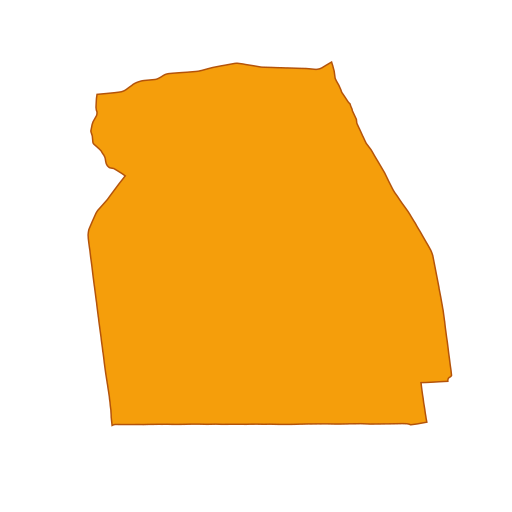 Benito Juárez, Distrito Federal, Mexico (Robinson projection), rotated 79°
{"feature_id": "50627088B57941954628474", "entity_name": "Benito Juárez", "entity_type": "district", "adm_level": 2, "iso_a3": "MEX", "parent_name": "Mexico", "parent_adm1": "Distrito Federal", "projection": "robinson", "projection_center": [-99.164, 19.38], "detail": "fine", "context": "isolated", "style": "filled", "palette": "amber", "viewbox_px": 512, "rotation_deg": 79, "n_neighbors": 0, "source": "geoboundaries", "source_scale": "gbopen_adm2", "svg_char_len": 4532}
<svg xmlns="http://www.w3.org/2000/svg" viewBox="0 0 512 512"><g transform="rotate(79 256 256)"><path d="M80.0,144.8L82.2,151.0L82.4,151.5L83.1,153.4L83.9,155.5L84.1,156.4L84.2,157.1L84.4,157.8L84.4,159.2L84.4,160.6L84.1,162.2L82.2,168.6L81.5,171.1L80.1,177.5L78.3,185.3L77.3,189.7L77.2,190.4L76.1,195.0L75.2,199.2L75.0,200.0L74.0,204.2L72.9,209.1L71.8,214.0L71.4,215.3L68.6,222.6L67.6,225.4L66.0,229.8L65.5,231.0L65.0,232.2L63.3,237.3L63.2,237.7L63.1,238.1L62.9,239.9L62.8,247.6L62.8,249.7L62.7,253.5L62.7,257.0L62.7,262.3L63.0,267.5L63.1,268.5L63.5,273.9L63.5,275.2L63.6,276.8L63.5,278.7L62.6,287.1L62.5,288.2L61.7,294.3L60.8,302.0L60.3,306.8L60.3,308.2L60.3,308.8L60.4,309.7L60.5,310.5L61.1,312.5L61.7,313.9L62.3,315.5L62.9,317.4L63.2,318.6L63.4,319.5L63.5,321.1L63.4,322.1L62.8,328.2L62.4,332.2L62.3,333.5L62.3,335.3L62.5,337.2L62.7,338.8L62.9,340.0L63.3,341.6L63.5,342.3L64.1,344.0L64.8,345.2L66.1,348.1L67.5,351.0L68.1,352.3L68.5,353.5L68.8,354.7L68.9,355.4L69.0,356.2L69.1,356.9L69.0,359.5L68.7,363.8L68.0,371.3L67.0,381.2L70.7,382.5L73.0,383.1L79.5,384.7L82.4,384.9L83.9,384.6L84.8,384.7L85.4,384.8L86.0,385.0L86.7,385.2L87.7,385.7L93.1,390.3L94.5,391.1L95.5,391.7L101.6,394.2L102.5,394.3L103.5,394.2L105.9,393.9L107.0,393.8L113.1,394.4L114.2,394.3L115.3,393.8L120.8,389.6L123.0,388.1L126.1,387.0L128.0,386.1L130.3,385.5L131.7,385.4L134.4,385.5L136.6,385.4L137.9,385.1L139.2,384.6L140.5,383.7L141.3,383.0L142.0,381.5L143.0,378.9L145.5,376.1L148.3,373.1L149.8,371.5L152.4,369.1L155.9,373.1L158.9,376.6L169.2,387.9L171.2,390.0L172.1,391.0L173.0,392.1L178.2,398.9L180.9,402.5L182.2,403.8L183.6,405.0L191.0,410.2L196.6,414.0L198.3,415.1L199.3,415.5L200.9,416.1L203.3,416.8L207.0,417.3L211.2,417.6L216.2,417.9L219.0,418.0L220.1,418.1L225.3,418.5L234.2,419.0L243.5,419.7L254.3,420.4L255.0,420.4L262.9,420.9L269.0,421.3L271.6,421.4L273.7,421.6L278.1,421.9L284.1,422.3L285.4,422.4L285.9,422.4L286.4,422.4L290.2,422.7L300.4,423.3L302.4,423.4L306.1,423.6L309.6,423.9L316.9,424.3L320.5,424.6L321.8,424.6L326.8,424.9L329.4,425.1L331.9,425.3L336.9,425.6L342.3,425.9L347.5,426.1L350.7,426.2L352.8,426.3L354.1,426.3L358.0,426.5L361.4,426.6L363.2,426.7L365.8,426.8L367.9,427.0L369.1,427.1L371.4,427.2L375.3,427.6L378.6,427.8L379.2,427.8L381.2,428.1L384.3,428.5L386.7,428.9L387.9,429.0L388.9,429.1L394.9,429.6L394.5,428.0L394.5,426.3L396.0,419.1L397.7,410.3L399.0,403.4L400.0,398.6L400.8,393.6L401.7,388.8L402.5,384.2L403.3,380.2L404.2,375.3L405.2,370.8L406.1,366.4L406.9,362.1L407.7,357.5L408.3,353.8L409.4,347.9L410.3,343.4L411.9,336.1L413.4,327.4L414.8,321.3L416.5,312.1L417.9,304.9L419.4,297.4L419.8,294.8L420.7,290.0L421.1,287.7L422.7,280.3L423.7,274.6L425.8,265.0L427.7,255.3L428.6,250.1L429.4,245.1L429.7,243.6L430.1,241.1L430.9,236.3L431.3,234.5L432.7,226.7L433.0,225.3L434.5,217.4L434.6,217.1L434.9,215.7L435.7,212.0L436.0,210.6L437.2,204.4L438.3,198.0L438.5,196.5L439.4,191.8L440.1,187.9L440.4,186.1L440.7,184.6L442.4,177.4L442.7,176.3L444.3,167.6L444.6,166.3L444.7,165.4L445.7,159.8L445.9,158.9L447.0,152.6L447.2,151.5L448.3,145.1L448.6,143.6L449.5,139.7L450.3,137.8L451.2,136.4L451.6,129.7L451.7,120.0L448.0,120.0L445.9,119.9L442.1,119.8L438.9,119.6L435.7,119.5L431.9,119.4L427.6,119.1L424.1,119.0L420.4,118.8L417.4,118.6L411.8,118.2L412.6,113.4L413.7,105.5L414.1,102.4L414.3,100.8L415.6,91.6L414.9,91.5L413.7,91.1L412.8,90.5L412.2,89.7L411.9,88.8L411.5,87.9L410.8,87.0L410.4,86.8L408.9,86.7L405.3,86.4L399.3,86.1L393.5,85.7L388.1,85.4L382.6,85.0L376.7,84.6L372.0,84.4L367.1,84.1L362.0,83.8L356.0,83.3L355.3,83.3L350.2,83.0L345.0,82.7L343.0,82.7L339.5,82.6L338.7,82.6L337.7,82.6L331.5,82.5L328.5,82.5L322.5,82.5L321.9,82.4L318.5,82.4L314.4,82.4L309.9,82.4L295.3,82.4L290.4,82.4L289.3,82.4L287.0,82.7L285.3,83.0L283.9,83.3L280.4,84.4L277.7,85.3L275.2,86.2L272.3,87.2L267.9,88.7L263.7,90.1L261.0,91.1L260.2,91.4L257.4,92.4L254.5,93.3L251.2,94.6L248.7,95.5L246.6,96.3L245.1,96.8L241.5,98.2L238.2,99.7L235.4,101.0L232.2,102.5L228.3,104.2L224.4,105.8L220.3,107.7L217.6,108.7L215.3,109.4L214.2,109.7L208.6,111.3L200.3,113.5L199.1,113.8L187.5,117.9L182.0,119.9L180.3,120.5L176.4,121.8L175.8,122.0L173.4,122.9L173.0,123.1L166.5,126.3L163.2,127.2L159.4,128.1L158.9,128.3L152.5,129.8L149.4,130.6L144.9,131.7L141.0,131.4L137.0,132.4L131.8,133.7L130.2,133.7L127.0,134.4L124.5,134.7L123.6,135.4L122.2,136.2L116.1,138.7L111.7,140.6L110.4,140.8L109.0,141.0L104.6,142.0L103.9,142.2L99.8,143.6L97.1,144.3L96.4,144.4L89.6,144.0L89.3,144.0L87.9,144.1L83.5,144.4L82.8,144.5L80.0,144.8Z" fill="#f59e0b" stroke="#b45309" stroke-width="1.5"/></g></svg>